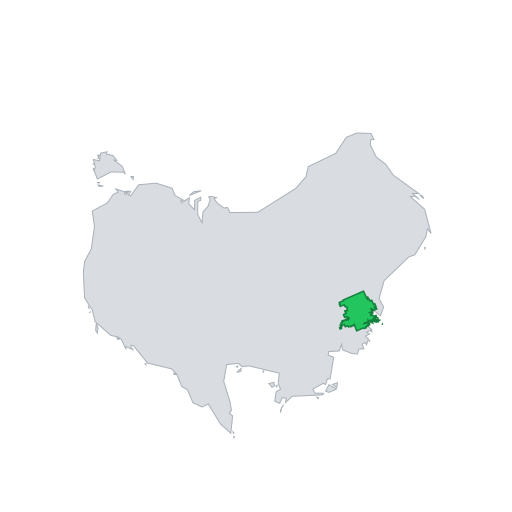 Derby-West Kimberley, Western Australia, Australia (highlighted), rotated 156°
{"feature_id": "25037944B76695994650709", "entity_name": "Derby-West Kimberley", "entity_type": "district", "adm_level": 2, "iso_a3": "AUS", "parent_name": "Australia", "parent_adm1": "Western Australia", "projection": "albers", "projection_center": [123.97, -17.504], "detail": "fine", "context": "in_parent", "style": "filled", "palette": "green", "viewbox_px": 512, "rotation_deg": 156, "n_neighbors": 0, "source": "geoboundaries", "source_scale": "gbopen_adm2", "svg_char_len": 9241}
<svg xmlns="http://www.w3.org/2000/svg" viewBox="0 0 512 512"><g transform="rotate(156 256 256)"><path d="M356.8,117.0L359.8,140.3L366.6,139.9L373.3,147.5L373.0,161.6L376.9,167.0L376.5,180.1L378.9,187.2L398.7,202.3L404.4,223.9L406.6,225.3L407.5,221.7L411.6,226.0L412.6,224.3L413.0,234.9L415.3,238.4L420.8,242.4L429.7,261.5L427.5,273.0L429.7,287.4L420.0,312.1L414.7,320.7L403.4,329.7L391.5,348.8L387.3,363.6L370.1,365.0L361.1,370.5L355.9,370.4L356.9,374.3L349.5,367.9L350.8,366.8L350.4,365.4L348.9,365.2L346.0,367.2L344.2,365.6L347.7,363.8L346.0,361.9L334.2,368.8L317.5,363.1L305.1,352.0L305.3,344.1L299.6,336.5L302.2,337.0L302.3,334.8L293.1,336.3L296.2,331.2L293.3,323.1L289.4,331.7L282.6,332.1L283.9,329.3L287.0,329.5L292.4,317.6L291.8,308.3L286.6,317.7L279.6,320.9L274.7,326.3L275.2,329.3L272.6,328.8L268.4,325.3L271.1,325.4L269.6,319.6L265.8,312.9L262.3,311.9L262.1,306.2L236.5,295.2L192.2,301.6L178.1,308.1L171.9,316.4L141.5,317.3L125.2,327.7L114.0,327.4L101.2,321.3L100.8,314.5L103.9,315.5L106.4,311.3L105.9,297.4L100.2,287.1L97.7,273.9L81.8,246.8L87.6,249.5L83.8,241.1L86.4,246.0L90.8,247.3L82.9,230.1L86.9,205.4L88.3,211.1L93.0,204.5L110.4,192.5L116.8,193.0L148.9,181.4L161.0,167.0L160.1,157.6L166.6,150.8L172.1,161.2L174.9,155.4L171.4,151.3L172.4,148.8L183.2,150.5L179.8,149.5L182.1,145.4L180.1,141.8L185.9,141.3L183.9,138.6L188.6,138.2L187.0,134.3L191.2,129.9L191.5,132.6L194.9,132.3L195.2,127.3L200.0,129.1L203.2,125.2L208.3,128.0L215.1,135.1L213.8,140.6L218.6,135.4L228.3,139.1L230.4,136.2L226.2,131.9L238.4,113.5L240.7,114.8L244.8,110.2L246.1,112.3L258.2,111.3L258.0,106.8L250.1,103.1L251.5,102.0L280.0,113.1L288.6,110.1L286.3,113.7L289.7,115.9L294.3,111.8L297.9,115.8L292.8,123.8L287.7,124.3L287.6,130.3L282.4,139.5L307.0,158.4L313.8,160.7L315.7,165.0L327.0,168.8L336.5,154.6L339.1,133.0L341.2,125.0L344.3,123.3L342.4,119.4L351.1,104.4L356.8,117.0ZM342.0,386.0L354.2,391.7L369.6,390.9L369.1,402.7L368.4,400.5L366.6,402.8L365.3,410.3L360.3,406.6L356.1,413.1L349.7,411.8L351.2,410.0L345.9,406.0L344.3,399.9L346.7,401.2L341.7,392.3L342.0,386.0ZM236.6,101.6L244.9,101.8L247.4,104.3L241.7,108.8L236.6,101.6ZM279.4,337.9L292.4,338.4L286.7,340.0L279.4,337.9ZM294.8,129.5L296.1,134.3L291.0,133.2L292.0,129.9L294.8,129.5ZM429.3,259.4L429.8,254.1L432.3,250.0L432.7,253.3L429.3,259.4ZM367.1,381.9L371.2,383.5L371.2,385.1L367.1,381.9ZM235.7,102.9L238.4,107.6L233.1,107.1L235.7,102.9ZM338.0,379.3L335.6,378.6L337.2,375.9L338.0,379.3ZM320.4,157.5L317.9,158.7L315.3,159.3L316.8,156.8L320.4,157.5ZM81.7,245.5L79.6,243.1L79.3,240.7L79.7,240.6L81.7,245.5ZM370.0,386.6L371.5,387.9L368.5,386.6L370.0,386.6ZM414.6,235.8L416.4,236.1L416.1,238.4L414.6,235.8ZM377.1,179.9L379.2,181.6L378.7,182.4L377.1,179.9ZM359.7,410.7L359.6,412.6L358.1,411.8L359.7,410.7ZM430.0,275.4L429.7,278.3L429.5,278.2L430.0,275.4ZM257.8,102.2L256.5,100.9L257.4,100.3L257.8,102.2ZM296.7,104.6L294.5,106.8L297.2,102.9L296.7,104.6ZM430.8,272.0L429.8,272.8L430.5,271.9L430.8,272.0ZM296.8,147.5L295.7,147.9L296.4,146.8L296.8,147.5ZM290.7,129.1L289.3,129.3L290.2,127.9L290.7,129.1ZM99.0,193.2L98.7,195.1L98.0,195.0L99.0,193.2ZM348.8,103.1L348.6,104.7L348.1,103.5L348.8,103.1ZM348.9,365.9L349.1,366.9L348.7,366.6L348.9,365.9ZM293.9,107.4L291.1,108.9L294.1,107.0L293.9,107.4ZM187.2,132.0L186.2,133.1L186.9,131.8L187.2,132.0ZM360.7,409.4L359.9,409.7L360.4,409.1L360.7,409.4ZM318.8,163.0L317.3,162.8L318.2,161.9L318.8,163.0ZM181.7,140.4L180.9,141.1L180.9,139.6L181.7,140.4ZM367.3,406.3L366.1,406.7L366.6,405.7L367.3,406.3ZM350.2,98.9L349.9,100.0L349.1,99.4L350.2,98.9ZM348.1,367.1L349.1,368.1L347.3,367.6L348.1,367.1ZM401.3,202.6L400.3,202.5L400.8,201.3L401.3,202.6ZM406.7,221.4L406.2,221.3L406.7,220.4L406.7,221.4ZM342.6,384.7L342.3,385.3L342.1,384.4L342.6,384.7Z" fill="#d9dde1" stroke="#a8b0b8" stroke-width="1"/><path d="M172.1,180.2L194.2,180.3L194.2,179.6L198.8,179.7L198.8,177.9L199.5,178.0L199.5,175.7L195.3,175.5L195.3,173.7L195.0,173.2L194.5,173.2L194.4,172.7L193.4,171.8L194.6,170.6L194.7,169.0L195.2,169.3L196.0,169.0L196.6,169.8L197.2,169.8L197.3,167.6L196.9,167.6L196.9,166.9L200.0,166.9L200.0,163.9L197.9,163.8L198.0,162.4L197.2,162.4L197.2,161.9L195.6,161.9L196.5,161.4L196.5,161.0L197.1,160.5L197.1,161.0L198.3,161.0L198.3,160.5L199.3,160.5L199.3,161.6L200.3,161.6L200.3,161.2L202.1,161.0L202.5,161.0L202.5,161.7L204.0,161.7L204.0,160.2L205.8,160.2L205.8,158.7L207.4,158.6L207.4,156.5L208.8,156.5L208.8,155.0L207.4,155.0L207.4,156.3L206.7,156.3L206.7,157.2L205.6,157.2L205.6,157.5L203.2,157.5L203.2,155.0L200.3,154.9L200.3,153.5L197.1,153.3L197.5,152.8L194.7,152.8L194.7,153.6L194.1,153.6L194.5,146.7L187.4,146.6L187.2,146.2L185.9,146.2L186.3,146.1L186.3,145.7L184.4,145.7L184.4,146.6L181.4,146.6L181.5,147.7L181.8,147.5L182.0,147.6L181.6,147.8L181.2,147.8L180.8,148.6L180.8,148.2L180.3,147.6L180.5,147.4L180.2,147.2L180.1,148.3L179.7,148.2L179.6,148.7L179.8,149.0L179.6,149.3L179.9,149.4L179.7,149.9L179.9,150.0L181.3,149.8L182.5,149.9L183.6,150.6L184.4,150.6L184.5,150.3L184.9,150.3L184.5,150.7L183.8,150.8L182.9,150.4L180.2,150.6L179.6,149.9L179.2,150.6L179.6,150.6L179.8,151.1L180.4,151.4L180.0,151.4L179.8,151.8L179.7,150.9L179.0,151.1L179.1,150.6L178.1,150.6L177.7,149.6L177.2,149.3L176.1,149.2L175.2,148.6L176.1,149.4L175.5,149.5L176.0,150.2L175.5,150.1L175.0,149.5L175.3,150.0L175.0,149.9L175.2,150.1L175.1,150.7L174.8,150.6L174.9,150.9L174.6,150.0L174.9,150.2L174.8,149.8L174.2,149.6L173.7,149.1L174.0,149.0L174.1,148.9L174.2,149.1L174.0,148.7L174.4,148.7L174.2,148.6L173.9,148.2L173.3,147.8L173.6,148.1L173.3,148.1L173.3,148.4L173.2,148.1L172.0,148.3L172.0,148.6L172.4,148.7L172.0,148.7L172.5,149.1L172.2,149.0L172.4,149.2L171.9,149.1L171.9,149.3L172.4,149.7L172.6,149.4L173.5,150.2L173.0,150.3L172.9,150.1L172.6,150.0L173.3,150.6L173.0,150.8L172.7,150.7L172.4,150.5L171.5,150.3L172.2,150.7L171.5,150.5L172.9,151.3L172.2,151.4L172.8,151.7L171.2,151.1L171.4,151.6L170.8,151.5L171.2,151.6L171.6,152.4L171.6,152.1L171.9,152.1L171.7,151.8L172.5,151.9L172.6,152.1L172.0,152.3L172.1,152.6L171.5,152.9L172.5,153.1L173.1,153.8L173.4,153.8L174.1,155.3L175.5,154.8L175.5,154.5L175.6,154.9L175.2,155.1L174.2,156.3L174.5,157.5L175.3,158.2L174.8,158.3L173.7,156.9L173.4,156.6L173.1,156.8L172.9,156.6L172.8,156.2L172.4,156.3L172.3,157.1L172.8,158.0L172.1,160.1L172.4,161.2L172.2,161.8L172.2,161.3L171.9,161.0L171.6,160.2L170.5,159.3L170.4,158.5L167.2,158.5L167.2,159.8L167.9,159.7L167.9,160.7L168.4,160.6L168.4,161.4L166.9,161.4L166.9,163.2L166.9,164.1L168.3,164.1L168.3,168.5L170.1,168.4L170.1,170.6L171.6,170.6L171.7,172.2L170.6,172.2L170.6,173.1L172.0,173.1L172.1,180.2ZM173.1,147.7L174.2,148.0L174.1,147.7L173.1,147.7ZM171.1,148.6L171.4,149.4L171.4,149.0L171.7,149.1L171.1,148.6ZM170.1,151.7L170.4,152.4L170.5,152.2L170.1,151.7ZM171.1,152.5L171.6,152.8L171.8,152.5L171.5,152.7L171.1,152.5ZM175.1,149.1L175.5,149.3L174.8,148.9L175.1,149.1ZM176.7,147.7L177.0,147.7L176.7,147.4L176.7,147.7ZM178.4,150.5L178.2,150.2L178.1,150.3L178.4,150.5ZM171.7,147.2L172.0,147.5L171.9,147.4L172.0,147.4L171.7,147.2ZM171.8,158.5L172.0,158.8L171.9,158.5L171.8,158.5ZM174.4,149.2L174.5,149.0L174.5,148.8L174.3,149.0L174.4,149.2ZM177.0,149.1L177.4,149.0L177.1,148.8L177.0,149.1ZM176.9,148.2L176.7,147.9L176.6,148.0L176.9,148.2ZM172.8,147.6L172.2,147.4L172.5,147.6L172.8,147.6ZM181.7,149.9L181.4,150.0L182.1,150.0L181.7,149.9ZM171.7,146.8L171.7,147.1L171.9,147.1L171.7,146.8ZM182.6,150.3L182.6,150.1L182.3,150.2L182.6,150.3ZM174.8,149.0L175.0,149.3L175.0,149.2L174.8,149.0ZM170.1,150.1L170.1,149.9L169.9,149.8L169.9,150.1L170.1,150.1ZM171.7,149.3L171.7,149.2L171.7,149.3ZM170.4,147.8L170.7,147.9L170.5,147.7L170.4,147.8ZM170.9,147.7L171.0,147.4L170.8,147.3L170.8,147.5L170.9,147.7ZM175.1,148.6L174.9,148.6L175.1,148.6ZM169.8,148.0L170.0,148.2L169.8,148.0ZM174.0,148.2L174.1,148.5L174.3,148.5L174.0,148.2ZM170.2,150.7L170.0,150.8L170.2,150.7ZM172.4,149.9L172.6,149.9L172.4,149.8L172.4,149.9ZM171.0,148.1L170.8,148.2L171.1,148.3L171.0,148.1ZM173.0,156.6L173.0,156.4L173.0,156.6ZM171.7,152.2L171.7,152.4L171.8,152.4L171.7,152.2ZM170.6,159.3L170.8,159.3L170.6,159.1L170.6,159.3ZM182.4,150.1L182.5,150.0L182.3,150.0L182.4,150.1ZM168.4,142.1L168.3,141.9L168.3,142.2L168.4,142.1ZM173.3,146.0L173.2,146.2L173.2,146.3L173.3,146.2L173.3,146.0ZM180.1,150.2L180.3,150.2L180.1,150.2ZM169.7,146.9L169.4,147.0L169.6,147.1L169.7,146.9ZM170.4,151.6L170.5,151.7L170.4,151.6ZM172.8,150.0L172.8,149.8L172.6,149.8L172.8,150.0ZM172.6,150.5L172.8,150.6L173.0,150.6L172.9,150.6L172.6,150.5ZM170.9,149.1L171.1,149.2L170.9,149.1ZM170.4,147.3L170.7,147.4L170.4,147.3ZM171.9,148.8L172.2,148.9L171.9,148.7L171.9,148.8ZM174.5,148.7L174.6,148.4L174.5,148.6L174.5,148.7ZM173.7,149.1L173.9,149.2L173.7,149.1ZM174.8,149.4L175.0,149.7L174.9,149.4L174.8,149.4ZM176.7,148.9L176.8,149.1L176.7,148.9ZM175.4,149.8L175.6,149.9L175.3,149.7L175.4,149.8ZM171.7,159.3L171.8,159.3L171.7,159.2L171.7,159.3ZM171.4,160.0L171.5,160.0L171.3,159.8L171.4,160.0ZM171.6,159.5L171.6,159.4L171.6,159.5ZM171.9,149.0L172.1,149.1L171.9,149.0ZM170.8,147.3L170.3,147.2L170.7,147.3L170.8,147.3ZM169.8,147.9L169.6,147.8L169.8,147.9ZM171.0,151.7L170.9,151.6L171.0,151.7ZM179.4,149.9L179.3,150.0L179.4,149.9ZM171.9,159.2L172.0,159.2L171.9,159.1L171.9,159.2ZM176.7,148.2L176.8,148.2L176.7,148.2Z" fill="#22c55e" stroke="#15803d" stroke-width="1.5"/></g></svg>